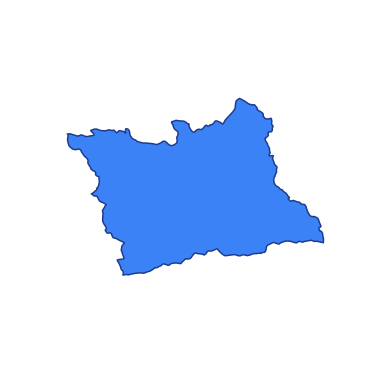 Yen Chau, Son La, Vietnam, rotated 133°
{"feature_id": "81297802B99176770386813", "entity_name": "Yen Chau", "entity_type": "district", "adm_level": 2, "iso_a3": "VNM", "parent_name": "Vietnam", "parent_adm1": "Son La", "projection": "equal_earth", "projection_center": [104.318, 20.992], "detail": "fine", "context": "isolated", "style": "filled", "palette": "blue", "viewbox_px": 384, "rotation_deg": 133, "n_neighbors": 0, "source": "geoboundaries", "source_scale": "gbopen_adm2", "svg_char_len": 6059}
<svg xmlns="http://www.w3.org/2000/svg" viewBox="0 0 384 384"><g transform="rotate(133 192 192)"><path d="M139.5,61.4L137.1,63.3L135.9,64.8L134.8,66.6L133.3,68.2L132.6,70.2L132.8,71.2L133.1,71.4L133.3,71.7L133.3,71.9L132.9,72.6L132.8,72.9L132.8,73.5L132.6,73.8L132.0,74.4L130.9,74.6L130.2,74.2L129.8,74.2L129.0,74.4L127.0,78.9L126.1,80.2L125.5,82.1L125.6,83.3L126.1,84.5L126.5,85.8L127.2,86.6L127.8,86.9L128.8,89.0L128.8,89.9L128.7,90.3L127.9,92.9L127.3,94.4L126.0,97.0L125.1,98.3L124.6,99.8L124.4,101.1L124.7,101.5L126.3,103.9L126.1,105.9L126.3,106.6L127.4,108.2L128.2,110.2L129.0,112.1L131.7,113.8L131.4,116.9L129.7,116.9L129.6,117.1L129.4,119.5L128.9,121.3L128.8,122.3L129.2,125.4L128.9,127.6L129.5,128.7L129.7,130.1L129.5,132.0L130.0,133.8L130.3,134.9L129.6,137.3L128.7,139.1L127.7,140.2L126.4,141.2L125.0,142.0L123.9,142.0L123.1,142.6L122.1,143.0L119.7,143.8L118.1,145.5L115.9,146.7L115.6,147.3L115.5,150.2L113.4,154.4L112.3,156.2L110.2,157.1L110.2,157.5L110.5,158.1L112.8,159.8L112.8,160.2L112.7,160.5L112.2,160.9L111.7,161.2L110.4,161.3L109.4,162.5L108.9,163.4L107.9,164.5L106.8,166.0L106.5,167.7L106.0,168.8L105.2,169.8L104.5,172.9L103.2,174.9L102.9,175.2L101.7,174.8L99.2,174.7L98.1,175.1L96.6,176.9L95.8,176.9L93.9,175.1L93.2,175.1L92.2,175.3L90.4,176.9L88.6,177.6L88.3,178.6L88.3,179.3L88.1,179.9L87.5,180.6L85.8,181.9L84.3,183.9L84.3,184.2L84.3,184.6L85.7,185.4L86.9,186.3L88.3,188.3L88.4,188.8L88.4,189.4L88.1,190.5L88.0,191.6L87.7,191.9L86.6,192.8L86.2,194.0L86.3,195.6L86.5,196.9L87.4,200.0L87.4,200.3L87.2,200.5L86.6,200.8L86.0,202.3L85.6,205.8L86.3,206.2L87.2,207.6L88.2,209.1L88.8,210.4L89.0,211.2L89.6,215.4L90.1,217.4L90.5,219.1L91.3,221.2L93.2,221.6L94.9,221.8L96.4,221.2L98.9,219.5L100.9,217.9L103.2,217.1L105.7,216.8L114.2,216.8L116.9,216.7L119.0,216.1L121.1,215.8L121.7,216.4L121.6,217.8L121.7,218.5L122.7,221.4L123.0,222.1L123.5,222.8L124.0,223.2L124.5,223.4L126.1,223.1L129.1,223.3L129.9,224.2L130.5,224.5L132.5,224.6L133.1,225.8L133.2,226.5L133.4,227.1L134.5,227.5L135.9,227.5L137.4,227.3L138.5,227.3L139.9,227.8L140.5,228.2L140.9,229.2L141.8,230.1L143.2,230.8L146.9,231.3L147.4,231.8L147.5,232.5L147.5,234.6L146.4,238.2L145.8,239.2L144.7,240.2L144.4,240.9L144.7,241.3L145.0,242.2L145.3,244.9L145.7,246.1L146.0,246.6L148.6,249.8L150.1,252.0L150.7,252.7L152.0,253.3L154.4,254.7L155.1,254.3L155.6,253.0L156.1,251.2L156.8,250.5L157.2,249.6L157.9,247.4L157.6,244.0L157.7,243.4L158.2,242.6L158.9,241.8L160.5,240.9L162.5,240.4L164.3,238.2L166.2,236.7L167.2,236.7L168.8,237.0L171.8,238.2L172.4,239.1L173.0,240.6L173.2,242.7L173.1,245.1L173.4,246.3L173.8,246.9L174.5,247.7L177.6,248.4L180.8,249.8L181.9,250.8L182.7,252.4L183.7,254.0L188.1,259.7L189.5,261.1L192.4,266.3L192.4,267.9L192.6,269.1L193.4,271.1L193.5,271.8L193.4,273.0L193.0,275.0L192.6,276.2L190.9,278.3L190.3,279.3L189.8,280.4L189.7,281.0L189.7,281.6L190.3,283.0L190.8,283.4L191.5,283.3L192.3,282.8L194.0,280.8L194.3,280.9L194.4,281.8L194.4,283.0L195.2,284.7L196.3,286.5L196.7,287.0L197.1,287.2L199.6,287.3L199.9,287.4L200.0,287.7L200.1,288.6L200.1,289.5L200.0,290.9L200.3,291.7L201.3,292.1L201.8,292.7L202.1,293.0L202.3,293.8L202.7,294.6L203.2,295.1L204.1,295.8L206.3,297.0L209.4,300.8L211.1,304.8L212.8,306.5L214.9,307.4L215.5,307.9L216.1,307.9L216.4,306.8L216.4,303.6L216.6,303.1L217.0,302.6L217.8,302.6L220.4,304.7L222.7,306.2L224.0,307.8L224.9,310.2L225.9,312.1L226.8,312.5L227.5,312.7L229.2,313.9L232.6,320.9L234.0,322.2L234.6,322.6L235.2,321.0L235.7,320.6L237.0,320.0L239.2,318.1L241.5,314.5L242.1,313.2L242.2,312.5L242.2,310.2L241.9,308.4L241.4,307.4L240.2,305.7L238.5,304.7L238.0,304.2L237.3,303.2L237.2,302.6L237.2,302.1L237.6,301.0L237.9,300.6L239.2,295.1L239.0,292.0L239.5,290.1L239.9,289.4L240.3,289.0L241.3,288.5L242.1,287.3L242.5,285.9L243.0,284.3L243.0,283.7L243.2,283.1L243.9,282.0L244.1,281.0L244.0,279.6L243.8,278.6L243.3,277.2L243.3,276.7L243.4,276.2L243.6,275.6L243.9,275.3L244.5,274.9L245.0,274.3L245.3,273.2L244.9,271.8L244.5,270.7L244.6,270.2L247.1,267.5L248.5,266.1L252.6,264.0L253.6,264.0L253.8,264.2L254.2,264.3L254.8,263.4L255.7,263.2L256.3,263.2L257.7,263.7L259.0,263.5L261.9,264.2L261.9,263.8L261.7,261.1L260.0,258.6L260.1,257.8L261.4,254.5L261.6,253.4L261.2,251.5L260.4,249.5L259.8,246.6L260.0,246.0L261.6,246.0L263.7,245.4L266.1,245.0L267.4,244.1L268.2,242.5L272.4,239.2L274.0,237.6L274.8,236.3L275.4,234.8L275.9,232.5L276.7,230.1L277.2,229.5L278.8,229.6L279.1,229.4L279.6,228.1L279.9,226.8L279.8,226.3L279.6,225.5L278.8,225.0L277.7,224.1L277.5,223.2L277.8,221.9L279.1,219.3L279.1,218.4L278.8,217.7L277.7,215.6L277.2,213.8L276.7,211.4L275.6,208.5L275.3,206.9L275.5,206.5L276.9,206.7L279.3,206.4L282.7,204.2L286.6,196.9L287.5,196.5L288.3,196.9L291.9,200.0L292.8,200.2L293.1,199.9L293.9,196.8L294.3,195.9L295.4,193.3L296.7,191.3L297.0,190.1L297.0,188.3L297.4,187.7L298.2,186.8L299.3,186.3L299.7,186.0L299.7,185.7L298.8,185.0L297.3,184.0L296.5,183.0L296.3,182.2L294.9,181.4L290.6,178.4L286.4,174.7L284.2,171.8L280.7,170.1L278.7,168.8L274.7,167.7L272.9,167.6L272.0,166.6L270.4,165.6L269.1,165.5L266.9,164.3L265.7,164.5L264.3,164.1L263.1,162.3L262.1,159.8L261.1,158.8L259.0,158.6L256.6,157.1L254.3,154.7L252.8,152.3L251.8,151.3L249.5,151.5L248.1,151.2L246.7,151.3L245.5,151.2L244.1,149.6L242.7,148.3L241.2,147.9L237.3,148.3L235.1,148.3L234.2,147.6L233.2,145.9L231.0,142.9L230.3,141.8L229.8,140.2L229.3,140.0L227.6,139.7L225.6,140.1L224.7,140.1L223.6,139.6L222.9,138.4L220.9,136.9L216.5,135.1L216.6,133.4L216.8,131.4L216.8,128.2L216.5,125.9L216.2,124.6L214.5,122.9L212.3,121.2L209.1,118.5L208.1,117.1L206.9,114.4L205.7,113.2L204.0,112.4L202.7,111.5L200.9,108.3L198.9,106.8L196.1,105.5L194.6,104.5L193.5,103.2L191.7,101.8L190.5,100.7L190.0,99.9L189.8,99.6L188.6,99.5L186.6,97.8L184.6,98.0L183.7,98.5L181.7,100.0L180.1,100.4L178.9,100.3L173.6,98.2L173.1,97.7L172.1,95.6L171.5,94.1L170.7,92.8L169.4,92.7L167.0,91.7L164.5,90.3L162.9,89.0L161.2,86.8L158.6,81.8L157.8,80.8L156.2,80.5L155.1,80.0L154.3,79.1L154.1,78.3L153.4,77.2L152.7,76.5L151.2,75.9L145.8,71.7L144.8,68.9L142.9,67.1L139.5,61.4Z" fill="#3b82f6" stroke="#1e3a8a" stroke-width="1.5"/></g></svg>